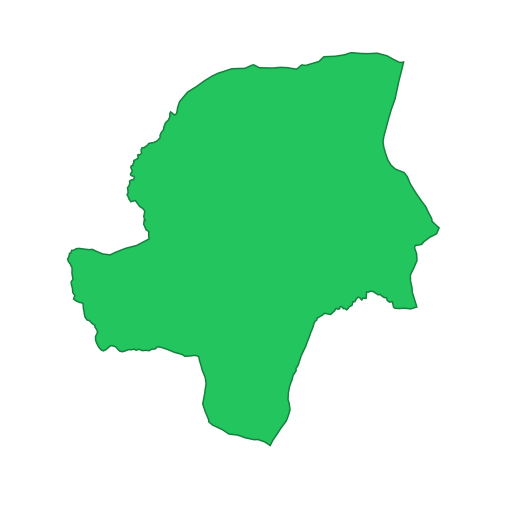 outline of Iringa Urban, Iringa, United Republic of Tanzania, rotated 347°
{"feature_id": "72390352B98765493528957", "entity_name": "Iringa Urban", "entity_type": "district", "adm_level": 2, "iso_a3": "TZA", "parent_name": "United Republic of Tanzania", "parent_adm1": "Iringa", "projection": "robinson", "projection_center": [35.688, -7.748], "detail": "fine", "context": "isolated", "style": "filled", "palette": "green", "viewbox_px": 512, "rotation_deg": 347, "n_neighbors": 0, "source": "geoboundaries", "source_scale": "gbopen_adm2", "svg_char_len": 5029}
<svg xmlns="http://www.w3.org/2000/svg" viewBox="0 0 512 512"><g transform="rotate(347 256 256)"><path d="M401.2,340.9L400.1,326.2L400.9,322.0L400.9,315.5L402.1,309.3L406.9,303.4L411.8,296.7L413.0,289.9L412.3,283.7L413.5,281.6L419.8,282.0L422.9,279.8L429.3,276.9L432.1,276.2L436.9,275.0L440.6,270.0L440.8,269.8L438.6,266.8L435.4,261.8L435.6,258.9L433.8,252.3L432.5,246.1L429.8,240.1L425.8,230.1L422.6,220.6L421.3,212.8L419.1,208.0L411.9,203.1L411.0,202.2L408.0,197.9L406.1,192.0L405.3,185.1L405.0,178.4L405.5,173.1L407.5,168.2L415.6,152.9L420.9,143.5L426.9,134.1L428.8,130.0L434.8,117.2L441.0,105.2L442.1,102.9L443.4,100.5L443.5,100.1L443.4,100.1L442.6,100.3L441.7,100.1L439.5,99.7L438.5,98.9L433.8,95.0L428.7,90.4L423.0,87.4L419.9,85.7L410.5,84.0L410.0,83.9L402.9,82.0L394.9,79.4L391.7,79.4L387.9,79.9L378.1,79.2L367.0,77.1L360.9,80.7L359.7,80.7L355.1,81.0L351.8,81.2L347.3,81.5L343.5,80.1L341.2,81.3L337.8,83.0L337.7,83.1L336.6,82.7L329.1,79.6L322.4,77.7L314.5,76.6L301.6,73.3L296.8,69.2L296.0,69.2L294.6,69.2L287.5,70.7L280.3,69.2L274.5,68.1L267.2,68.8L259.8,69.4L253.0,71.0L252.3,71.3L250.5,71.9L245.1,73.7L237.3,77.0L235.6,77.7L231.7,79.0L227.1,80.6L226.2,80.9L225.7,81.3L220.3,85.3L216.2,88.5L213.1,93.6L211.5,97.5L210.8,99.0L209.3,100.2L207.6,99.6L206.3,97.5L205.1,96.4L204.2,97.6L203.3,101.1L202.9,101.6L202.8,101.8L201.8,103.0L201.2,103.8L197.7,105.9L195.0,110.0L194.2,112.3L191.5,114.3L189.6,116.9L189.3,119.1L185.6,121.6L182.1,122.4L180.7,122.3L178.9,122.2L176.6,122.3L175.3,123.5L174.0,124.2L172.3,124.7L171.4,125.4L169.7,124.8L169.0,125.2L167.9,126.7L167.7,128.3L167.7,129.8L166.5,130.9L165.2,131.2L164.1,130.7L163.3,131.1L163.3,132.2L163.5,133.3L162.9,134.4L161.7,134.6L160.4,135.1L159.4,135.3L158.7,135.3L158.0,136.4L158.1,137.5L157.1,138.5L156.6,139.2L156.2,140.2L154.6,140.2L153.9,141.8L154.3,143.2L154.5,144.5L154.5,145.5L153.5,146.6L152.2,147.8L152.1,148.9L152.8,149.8L153.7,150.3L154.8,150.8L155.1,152.2L153.8,154.0L151.9,153.8L149.7,154.5L149.4,156.4L148.7,158.1L148.5,158.3L147.6,159.4L146.1,160.6L146.0,163.0L145.5,165.9L144.2,167.2L144.5,168.5L145.1,171.0L145.1,172.4L145.8,173.4L146.1,174.9L151.0,174.9L153.2,180.3L153.6,181.4L156.5,184.4L157.7,187.4L155.5,192.3L155.7,194.4L156.0,196.2L155.3,195.6L153.7,199.7L154.3,202.7L154.3,203.0L154.8,205.7L157.0,208.1L155.9,212.3L155.8,215.2L152.7,216.1L142.0,218.9L130.5,219.2L119.3,220.9L114.1,222.1L107.1,219.5L102.3,216.1L98.0,212.7L94.8,212.3L88.0,209.8L85.4,208.8L82.5,208.4L79.8,209.4L77.6,209.0L76.4,211.3L75.5,211.4L75.1,211.4L74.9,211.4L74.4,212.7L73.2,215.1L71.8,216.4L71.9,219.2L73.1,221.6L73.6,224.0L74.1,226.4L73.4,229.1L72.8,231.2L72.6,234.1L72.5,237.4L70.2,239.5L69.7,242.2L69.8,245.0L69.8,246.5L69.8,247.1L69.2,250.4L70.6,253.6L70.5,253.9L68.5,256.9L70.9,259.6L73.6,261.5L76.6,262.9L76.7,263.1L76.5,265.3L76.0,268.2L76.0,271.0L75.7,274.0L75.7,277.2L76.9,280.2L78.7,281.4L79.6,282.1L81.0,284.8L83.4,287.3L83.1,289.2L84.4,292.3L84.4,293.3L84.3,294.4L84.6,294.5L81.5,298.4L80.8,301.7L80.8,302.2L80.9,303.1L81.0,304.5L82.0,308.4L83.0,310.9L84.1,312.8L85.9,314.1L88.2,313.7L91.5,312.1L93.2,311.0L95.4,310.9L97.2,311.9L98.4,312.6L98.8,312.9L99.6,314.3L100.3,315.6L100.7,316.3L102.0,318.2L104.6,319.3L107.7,319.0L110.6,318.5L113.2,319.3L113.6,319.3L116.3,319.3L118.0,320.9L120.9,320.5L123.8,322.6L127.1,323.1L130.7,324.2L133.5,323.3L136.9,323.9L139.5,322.3L142.5,323.4L142.9,323.6L147.4,326.3L148.2,326.8L154.8,331.5L161.5,335.1L162.6,336.1L164.2,337.7L169.5,338.6L173.5,339.0L176.0,339.8L177.3,341.1L177.6,341.3L177.4,344.8L177.8,350.3L177.9,355.2L178.4,358.2L179.2,362.5L179.0,365.4L179.0,365.6L178.7,369.0L174.7,379.3L170.8,388.2L171.6,396.6L173.0,404.7L173.1,404.9L173.1,405.0L172.7,406.9L175.6,410.9L184.2,417.7L189.6,423.4L197.4,426.2L201.2,428.4L204.0,430.4L212.7,434.5L216.7,435.3L222.7,439.1L225.0,441.5L226.0,442.6L227.2,443.9L230.8,439.5L236.1,434.6L241.6,429.3L248.4,423.5L251.2,419.4L254.5,413.6L254.9,410.1L254.9,409.9L254.9,409.7L255.0,409.0L255.2,406.9L254.9,403.1L256.8,396.5L259.3,390.8L261.5,387.3L263.4,384.5L265.3,380.7L265.6,380.2L266.7,379.4L269.4,376.6L269.5,374.7L272.6,371.7L275.4,367.0L277.8,363.1L284.1,355.2L285.7,352.7L290.8,345.1L292.0,343.1L292.4,342.4L293.3,341.3L293.4,341.1L293.5,341.0L293.8,340.6L294.0,340.4L295.4,338.3L296.7,336.0L297.5,334.4L298.9,333.0L300.7,332.1L301.7,330.3L305.3,329.2L307.3,328.6L309.9,327.2L315.4,329.8L320.3,327.1L322.2,325.0L323.3,326.0L324.7,326.4L325.7,326.1L326.0,324.6L327.3,324.3L328.8,325.6L329.3,327.0L330.3,327.1L331.4,327.7L332.1,328.8L333.1,328.5L335.3,326.5L338.4,325.7L340.2,322.4L342.0,322.8L344.1,320.4L345.7,319.4L346.4,319.0L347.1,319.6L347.8,320.2L349.1,322.6L351.0,321.1L352.8,321.8L353.7,322.1L354.6,319.5L355.6,316.1L357.6,316.5L357.8,316.4L358.8,316.2L359.4,316.0L362.0,316.8L362.3,317.1L362.6,317.5L364.0,319.0L366.5,321.4L368.3,321.4L370.2,324.0L371.7,325.4L373.8,326.0L373.8,328.8L375.8,331.0L378.4,331.2L378.6,333.2L378.5,336.8L379.7,338.2L382.9,339.2L389.3,340.4L394.7,342.3L401.2,341.9L401.2,340.9Z" fill="#22c55e" stroke="#15803d" stroke-width="1.5"/></g></svg>